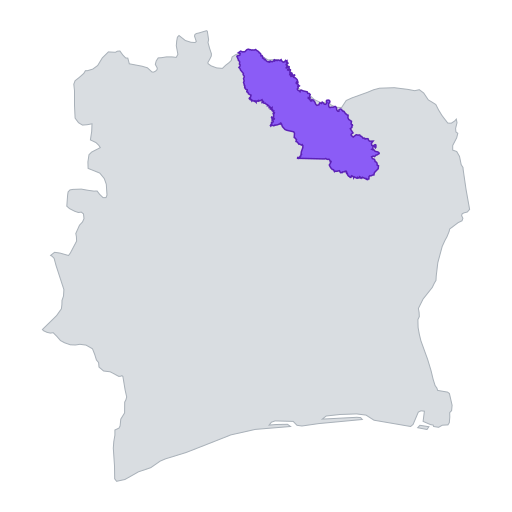 location of Tchologo, Savanes, Ivory Coast
{"feature_id": "98640826B18937667882346", "entity_name": "Tchologo", "entity_type": "district", "adm_level": 2, "iso_a3": "CIV", "parent_name": "Ivory Coast", "parent_adm1": "Savanes", "projection": "mercator", "projection_center": [-4.919, 9.548], "detail": "fine", "context": "in_parent", "style": "filled", "palette": "violet", "viewbox_px": 512, "rotation_deg": 0, "n_neighbors": 0, "source": "geoboundaries", "source_scale": "gbopen_adm2", "svg_char_len": 9375}
<svg xmlns="http://www.w3.org/2000/svg" viewBox="0 0 512 512"><path d="M85.4,70.7L87.4,70.7L92.8,69.1L97.7,65.5L102.3,57.9L108.4,51.9L115.4,52.3L117.4,51.2L119.9,51.0L122.8,55.0L125.7,58.0L127.8,58.1L129.3,63.8L142.0,66.2L147.4,67.8L152.0,72.0L153.6,72.1L155.5,71.2L157.0,69.7L157.3,68.1L155.3,64.4L156.2,61.0L158.2,57.9L161.5,57.7L166.4,56.9L172.0,56.9L176.2,57.4L177.9,54.4L176.3,45.8L176.7,41.1L177.4,37.2L179.0,35.5L185.3,40.5L191.0,42.3L195.1,42.5L196.3,41.5L194.5,36.1L195.0,34.4L196.5,33.5L199.2,32.9L206.5,30.7L207.3,31.2L208.6,39.7L208.0,42.5L209.6,48.4L211.4,53.8L211.3,56.0L209.7,59.3L207.9,62.4L208.1,63.7L211.0,65.8L216.6,67.9L222.4,68.4L225.6,65.3L229.0,62.7L231.3,60.4L232.1,57.0L235.7,54.6L246.2,51.4L255.9,51.0L258.2,52.0L262.5,56.7L268.1,59.9L276.5,59.5L282.6,61.5L287.9,65.1L291.4,73.2L295.3,79.0L297.0,87.3L303.1,91.6L307.9,93.6L314.3,99.6L321.1,102.7L328.0,101.9L331.3,105.1L336.5,107.3L341.6,107.5L346.2,100.5L352.2,97.8L367.5,92.3L373.5,89.8L379.6,88.2L394.3,87.7L407.9,89.4L414.7,90.7L419.3,89.7L423.7,93.0L428.3,99.9L432.0,102.1L435.8,104.5L438.6,110.0L441.9,115.4L443.7,117.8L447.8,123.1L451.3,123.2L454.8,120.9L456.3,119.1L457.0,122.7L455.6,128.4L455.9,131.9L457.8,133.3L456.7,137.8L452.7,145.5L452.7,150.1L456.7,151.5L459.5,156.4L461.2,164.7L463.0,167.5L463.1,169.2L466.0,189.2L469.6,209.4L467.3,212.0L464.2,212.8L462.2,213.7L461.6,215.6L462.9,218.3L462.0,220.8L458.2,222.6L449.7,229.0L449.1,231.5L446.9,236.9L445.0,240.3L442.2,246.4L437.8,262.7L436.2,276.2L436.0,280.3L434.3,283.2L432.3,287.4L423.1,299.0L418.4,308.4L419.1,312.5L419.3,316.6L417.9,319.6L418.1,327.6L419.3,334.2L420.9,340.8L427.6,359.3L431.0,370.5L433.2,379.6L435.1,385.6L436.9,388.1L437.6,390.4L447.5,392.1L449.4,393.5L452.1,405.3L451.6,410.6L449.7,412.6L449.8,417.1L449.3,422.7L447.9,424.9L442.3,425.2L438.6,427.3L433.6,426.5L433.2,425.1L430.5,424.6L423.1,421.4L424.4,411.2L421.0,410.8L418.3,412.1L413.1,424.4L410.6,426.5L374.0,420.2L366.0,415.1L356.5,413.9L339.9,414.5L326.2,416.0L322.3,419.1L356.8,417.3L360.6,417.6L362.3,419.5L318.6,423.6L301.9,426.0L297.0,425.3L293.2,421.4L275.1,420.9L271.4,422.2L269.1,425.1L276.2,424.5L287.5,424.3L290.5,426.5L255.3,429.4L230.8,434.9L220.5,439.0L186.4,452.4L165.6,458.8L160.2,461.1L150.7,467.7L138.5,471.8L124.9,479.5L116.6,481.3L114.7,478.8L114.5,465.8L113.3,448.2L113.8,441.5L114.9,435.2L114.9,430.0L119.0,428.1L120.1,425.9L120.8,419.1L124.6,412.9L124.7,402.1L125.9,399.8L126.7,397.0L125.1,389.9L122.9,376.5L121.9,375.6L120.9,376.2L118.8,376.4L110.2,371.8L103.6,371.0L99.0,367.1L98.6,362.6L96.4,359.9L94.8,354.7L92.5,348.8L86.0,345.1L79.9,344.3L75.5,345.0L70.4,344.8L64.6,342.8L60.5,340.6L56.7,336.2L53.2,332.7L50.4,333.1L46.9,332.3L43.5,330.7L42.4,329.5L56.6,315.6L61.4,308.8L61.9,304.7L62.0,300.4L63.5,296.1L63.9,289.6L56.1,265.7L54.1,258.3L52.0,256.2L50.6,255.4L54.6,252.3L60.1,253.1L68.5,255.5L70.3,253.1L76.6,241.1L76.4,236.6L75.8,233.5L79.5,225.2L82.5,222.0L84.0,218.6L83.5,213.9L81.3,212.1L78.4,212.5L74.8,211.3L69.5,208.6L66.8,206.2L67.6,195.3L68.1,191.9L70.0,189.9L72.9,189.4L81.3,189.1L88.0,190.3L93.9,191.1L97.1,191.0L99.6,194.3L103.0,197.6L106.0,197.6L107.0,195.1L106.3,184.3L104.3,178.6L99.8,173.1L88.1,168.4L87.9,161.9L89.0,154.7L91.6,152.1L100.3,147.6L98.7,145.2L96.0,142.6L90.4,139.9L91.7,131.4L92.0,123.8L87.3,124.7L82.5,125.1L78.5,122.7L75.1,118.1L74.5,105.4L74.5,90.7L73.8,84.2L75.1,80.7L79.2,77.5L83.8,73.4L85.4,70.7ZM428.9,426.7L427.0,429.5L417.7,427.7L419.9,425.3L428.9,426.7Z" fill="#d9dde1" stroke="#a8b0b8" stroke-width="1"/><path d="M343.4,111.1L343.1,111.3L341.9,110.2L341.6,109.4L340.6,109.0L339.1,109.6L338.8,111.3L337.7,111.2L336.7,109.8L336.4,107.5L335.1,106.4L333.3,107.2L331.0,107.2L330.1,107.6L329.4,107.4L328.7,106.2L328.6,103.8L328.8,103.3L329.7,102.4L329.9,101.6L329.6,100.7L328.8,100.1L327.0,100.2L326.5,100.5L326.4,101.3L327.0,102.6L325.7,104.3L324.3,104.2L323.5,103.1L322.2,102.1L321.4,103.5L319.9,102.8L319.5,103.2L319.0,104.7L316.9,105.4L315.8,104.4L314.8,102.0L313.9,101.0L313.6,100.2L311.8,99.7L311.3,100.1L311.6,100.9L310.8,101.0L310.5,100.7L310.5,100.0L309.7,99.5L309.5,98.7L308.6,98.6L308.2,98.2L308.3,97.5L309.9,98.1L310.3,98.0L309.8,96.9L309.7,95.4L310.2,94.5L309.1,93.4L307.8,93.4L307.2,91.8L303.2,90.9L301.4,90.1L300.4,90.5L300.0,91.7L299.3,90.9L298.0,90.3L297.3,89.2L297.5,88.5L298.2,87.9L297.8,86.3L298.9,86.3L299.4,85.9L298.3,85.0L298.0,84.1L296.9,83.8L296.3,83.4L296.2,82.8L296.7,81.8L296.9,81.8L297.6,82.6L298.0,82.3L297.1,79.6L295.4,77.9L293.8,77.4L293.7,76.7L294.7,75.2L294.5,74.9L293.0,75.6L292.2,76.5L291.5,76.3L290.9,76.4L290.8,75.9L291.7,75.5L292.1,74.9L290.9,75.0L289.7,74.7L289.9,73.7L290.7,73.5L291.6,74.1L292.0,74.0L292.1,73.4L291.8,73.0L289.9,72.5L289.9,71.5L290.5,70.0L290.3,69.7L289.8,69.5L288.2,70.3L287.6,69.9L287.8,69.5L288.6,69.4L289.0,69.0L289.1,66.7L288.6,66.7L286.7,68.0L286.2,67.8L287.3,65.7L287.1,65.3L286.3,65.0L286.2,64.4L288.0,63.2L287.6,62.6L286.7,62.7L286.4,62.4L287.1,61.2L287.0,60.6L286.2,61.1L285.6,60.4L284.5,61.8L283.2,62.2L282.0,61.1L280.8,60.6L281.3,60.0L281.1,59.6L279.8,60.6L278.8,60.1L277.8,60.1L277.1,60.6L276.3,60.2L275.6,60.5L274.5,59.7L274.0,60.1L274.2,61.0L273.5,60.9L272.1,61.8L270.2,61.0L269.8,62.2L269.1,62.3L268.7,61.6L267.5,61.7L266.3,60.9L265.4,59.5L264.7,59.8L264.3,59.6L263.9,58.2L263.1,58.3L262.5,57.9L262.7,57.0L262.4,56.1L262.0,55.6L261.1,55.9L260.6,53.7L259.6,52.8L259.1,52.7L259.0,52.1L258.0,51.2L256.4,50.3L255.7,49.5L254.2,50.1L252.6,49.9L251.8,50.2L250.7,49.7L249.5,49.7L248.8,49.2L247.4,49.4L246.7,49.8L244.9,51.7L242.5,51.9L240.7,51.1L238.3,52.8L240.2,53.6L239.8,55.2L237.2,55.9L236.9,56.4L238.3,59.5L238.3,60.2L239.5,61.4L239.7,62.0L239.4,64.1L240.1,64.7L240.1,65.9L238.9,67.5L240.0,68.5L240.5,70.0L243.4,73.5L243.1,74.7L244.1,75.9L244.3,77.0L243.5,78.5L244.2,81.0L243.5,82.4L244.2,84.1L244.1,85.0L244.7,85.4L244.7,86.7L245.0,87.2L244.7,87.4L245.1,88.4L245.9,89.3L247.2,89.7L247.3,90.3L246.8,91.2L246.8,91.7L247.3,92.2L248.0,92.3L248.4,93.8L250.9,95.1L250.6,95.4L250.9,95.9L250.5,97.1L249.6,97.7L249.2,98.6L249.6,99.0L250.2,98.8L250.1,99.5L250.4,99.8L251.0,99.4L251.5,99.6L251.9,101.1L252.6,100.5L254.6,101.4L254.7,100.8L255.6,100.6L255.1,100.9L255.1,101.2L256.1,102.3L256.1,101.4L255.7,101.0L256.4,101.3L256.9,101.0L257.3,101.2L258.2,100.5L258.4,100.8L258.1,101.0L258.7,101.2L259.1,100.5L260.0,100.8L262.0,99.7L262.4,100.7L262.2,101.3L262.6,101.6L262.9,101.2L263.4,101.5L263.2,101.8L262.2,101.8L262.0,102.6L263.4,102.5L264.0,103.3L265.4,103.2L266.1,104.2L267.6,104.7L267.4,105.8L268.7,105.7L269.2,106.4L269.1,107.7L269.9,107.8L270.3,107.2L270.7,107.5L270.5,109.0L270.9,108.9L272.1,107.7L272.1,108.0L271.5,108.7L271.5,109.4L272.5,109.6L272.5,110.0L272.3,109.8L272.0,110.4L272.4,110.9L273.7,110.9L273.4,111.8L274.3,112.7L273.3,113.3L274.0,113.8L273.4,114.7L273.7,115.3L273.6,116.9L273.0,117.5L271.7,117.0L271.5,117.5L272.4,119.1L273.7,118.3L274.2,118.4L274.4,118.8L274.2,119.2L273.2,119.2L272.0,120.0L272.1,120.3L273.0,120.5L273.3,121.7L272.7,122.2L271.8,122.1L271.5,122.3L271.8,123.5L271.1,124.2L271.4,124.5L270.4,125.5L270.8,126.1L271.2,125.5L272.3,125.3L273.9,125.8L275.0,125.0L275.3,125.2L277.5,124.8L279.4,124.0L280.1,124.2L280.5,123.0L280.8,123.0L281.5,124.0L282.4,126.6L285.0,129.5L286.9,130.3L293.7,131.8L294.5,133.2L294.2,137.5L295.1,138.0L295.8,139.0L296.5,139.5L296.0,141.5L297.4,142.1L298.9,144.2L299.4,144.0L301.6,145.1L302.2,144.6L302.9,145.7L302.8,147.7L301.3,151.9L301.1,153.8L301.5,154.2L300.9,154.8L300.8,156.0L300.0,156.3L299.8,156.8L299.9,157.1L299.3,157.3L298.6,158.1L298.4,157.5L297.7,157.5L297.6,158.3L322.3,158.9L324.8,158.9L325.8,158.5L326.3,159.0L327.6,159.4L329.0,159.2L330.0,160.5L330.2,161.6L331.0,161.4L331.1,161.6L330.1,163.8L329.4,164.7L329.4,165.3L330.8,167.9L332.3,169.5L333.5,169.7L334.5,171.7L335.2,171.2L336.8,171.3L339.4,170.7L340.3,172.4L340.9,172.8L341.4,172.5L342.3,172.6L342.7,171.9L344.4,171.8L345.1,171.2L345.6,171.6L346.1,171.2L346.5,171.5L346.3,172.3L346.9,172.8L346.9,173.2L346.6,173.3L346.8,173.7L347.4,173.7L347.7,175.0L348.5,176.1L349.4,176.5L350.2,177.4L350.9,177.4L351.2,176.4L351.7,176.4L351.4,176.0L351.7,175.7L353.6,176.9L353.7,177.8L354.3,176.9L357.0,178.3L357.4,178.2L357.5,177.4L358.4,178.0L359.0,177.5L359.8,177.9L359.7,176.8L360.6,177.3L360.8,177.8L361.4,177.7L361.8,178.2L362.5,177.3L364.8,178.4L366.0,178.4L366.3,178.6L366.2,179.2L366.7,179.4L367.0,179.5L367.0,179.1L368.0,179.4L368.6,178.6L368.9,178.7L369.0,176.6L369.8,175.7L370.9,175.9L372.7,175.0L374.5,175.0L373.8,174.7L374.5,172.5L378.2,168.7L378.5,165.7L377.2,165.2L377.0,163.1L376.3,162.1L375.1,161.6L374.9,160.2L374.4,159.3L372.4,158.6L371.6,156.8L373.2,156.1L374.6,156.6L375.9,155.1L376.9,155.0L377.7,154.4L378.9,153.8L379.2,153.3L378.9,152.7L377.8,151.9L375.2,151.4L373.8,149.7L373.0,149.9L371.8,149.3L372.9,148.6L372.9,147.0L373.4,146.3L373.9,146.1L374.4,146.4L375.4,147.9L375.9,147.2L375.9,145.2L375.6,144.7L374.4,144.9L374.1,145.5L373.6,145.7L372.8,145.8L371.8,145.4L371.4,143.2L373.1,141.1L369.6,141.2L368.5,140.1L368.3,139.1L367.9,138.7L365.8,138.7L365.3,139.0L364.9,138.9L364.8,138.4L364.1,138.0L363.1,138.3L361.6,136.4L360.4,136.1L359.9,135.1L359.1,134.9L358.2,135.2L356.2,134.7L353.2,137.1L351.3,135.4L351.1,134.8L351.4,134.1L353.0,132.9L350.3,128.7L351.9,127.5L351.9,126.2L352.5,125.5L352.3,124.7L351.5,124.5L351.1,123.9L351.5,121.3L348.7,119.4L347.9,117.7L348.1,115.2L347.0,114.9L346.4,114.1L345.6,113.8L344.0,111.4L343.4,111.1Z" fill="#8b5cf6" stroke="#5b21b6" stroke-width="1.5"/></svg>